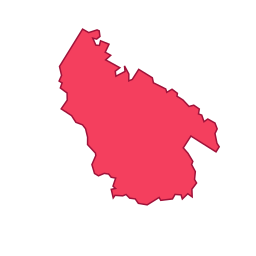 Franklin, Louisiana, United States of America, rotated 302°
{"feature_id": "52423323B94132750651187", "entity_name": "Franklin", "entity_type": "district", "adm_level": 2, "iso_a3": "USA", "parent_name": "United States of America", "parent_adm1": "Louisiana", "projection": "natural_earth1", "projection_center": [-91.666, 32.139], "detail": "fine", "context": "isolated", "style": "filled", "palette": "rose", "viewbox_px": 256, "rotation_deg": 302, "n_neighbors": 0, "source": "geoboundaries", "source_scale": "gbopen_adm2", "svg_char_len": 1262}
<svg xmlns="http://www.w3.org/2000/svg" viewBox="0 0 256 256"><g transform="rotate(302 128 128)"><path d="M73.0,185.0L85.6,191.2L84.0,194.1L91.4,203.3L96.6,203.1L99.4,208.4L96.6,211.7L103.9,213.5L103.6,218.9L110.0,214.6L117.7,215.3L119.6,211.7L126.7,208.2L130.7,201.3L134.0,200.7L138.3,192.3L140.4,185.4L154.5,185.6L154.4,215.3L160.4,215.3L162.2,211.5L169.4,204.7L174.5,204.1L178.3,199.1L177.9,190.9L173.6,189.1L178.0,183.7L177.3,180.3L181.9,178.4L182.2,171.7L178.6,168.3L180.9,159.7L180.9,152.7L183.6,151.5L184.2,144.8L178.8,142.0L181.1,139.3L179.8,125.6L183.5,122.0L183.4,106.0L171.5,105.9L168.4,103.7L174.2,100.1L178.8,92.1L174.4,95.5L165.5,90.3L169.4,87.1L174.8,89.1L173.9,72.9L180.5,74.8L180.2,68.5L189.0,67.5L187.4,58.5L182.9,60.0L181.2,56.9L185.5,50.5L186.8,54.3L190.8,55.7L195.1,52.1L194.8,49.8L188.1,44.1L187.8,37.1L143.9,37.3L137.4,43.8L131.3,44.7L131.3,48.2L126.1,49.4L125.4,57.8L119.4,61.7L108.8,61.2L108.6,73.6L105.2,80.8L106.6,87.7L104.9,92.4L98.8,98.6L92.5,102.5L89.5,113.6L87.6,115.3L77.8,116.8L71.7,123.7L71.8,128.3L76.9,131.9L78.7,136.0L77.3,139.8L79.0,144.1L70.7,146.1L70.1,149.4L67.1,146.3L60.9,152.5L64.0,152.7L67.7,159.5L70.6,161.6L69.4,166.6L71.7,171.7L69.6,176.7L73.0,185.0Z" fill="#f43f5e" stroke="#9f1239" stroke-width="1.5"/></g></svg>